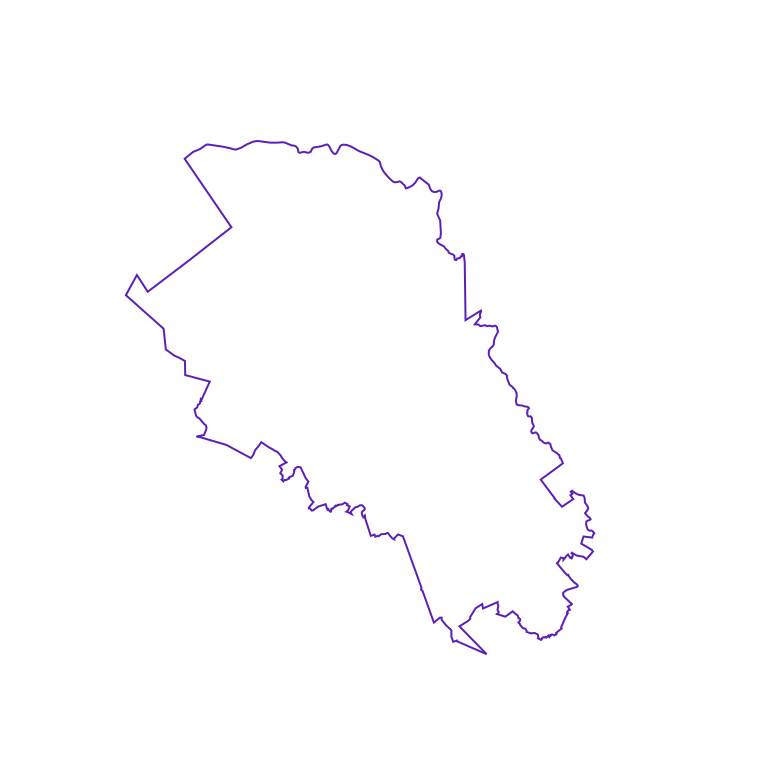 Nacajuca, Tabasco, Mexico (Natural Earth projection), rotated 317°
{"feature_id": "50627088B18238703345700", "entity_name": "Nacajuca", "entity_type": "district", "adm_level": 2, "iso_a3": "MEX", "parent_name": "Mexico", "parent_adm1": "Tabasco", "projection": "natural_earth1", "projection_center": [-92.932, 18.178], "detail": "fine", "context": "isolated", "style": "outline", "palette": "violet", "viewbox_px": 768, "rotation_deg": 317, "n_neighbors": 0, "source": "geoboundaries", "source_scale": "gbopen_adm2", "svg_char_len": 6161}
<svg xmlns="http://www.w3.org/2000/svg" viewBox="0 0 768 768"><g transform="rotate(317 384 384)"><path d="M475.0,138.3L470.1,134.3L465.6,130.1L457.6,120.4L455.3,118.6L453.4,117.5L447.4,115.3L440.5,113.7L435.6,111.6L433.5,109.0L432.5,107.0L427.9,100.4L418.7,88.9L417.3,87.8L409.3,86.6L402.8,84.1L391.8,83.3L379.3,165.3L326.3,160.7L274.1,155.4L277.6,135.8L255.8,143.0L260.5,193.3L248.0,209.9L250.0,220.3L251.9,224.6L254.1,231.4L244.7,241.9L258.2,263.4L240.0,271.0L239.8,270.0L239.2,270.5L238.6,272.0L237.6,271.4L236.2,272.6L235.3,272.8L233.8,272.2L231.5,273.7L228.5,273.4L227.8,273.6L225.1,278.7L224.7,280.4L225.5,283.3L225.2,290.7L225.6,292.6L224.6,294.6L223.0,296.0L217.6,298.5L210.9,294.5L213.4,297.7L227.2,321.1L236.1,347.4L239.8,346.8L244.5,344.5L249.7,343.9L254.6,342.9L256.6,351.8L258.1,356.1L258.5,358.2L259.7,360.7L259.7,365.8L259.1,367.9L258.8,372.2L259.2,374.9L251.5,372.8L251.0,377.3L247.3,378.5L247.5,381.9L245.2,384.0L243.8,384.1L244.0,386.6L245.5,386.2L246.7,387.4L250.1,388.4L250.6,387.5L254.9,388.9L258.8,386.7L259.3,385.6L261.0,385.8L261.8,385.1L264.3,385.7L266.2,388.0L262.4,399.9L262.2,403.8L256.5,405.8L255.9,406.7L257.2,407.6L252.7,415.3L251.8,419.4L251.9,422.2L244.9,423.1L244.2,423.8L244.9,424.4L244.9,427.5L246.2,428.1L252.1,428.7L259.4,432.1L257.3,436.2L257.0,437.5L257.9,437.6L257.5,438.7L257.9,441.1L258.3,441.1L260.2,439.4L261.2,439.5L261.6,440.3L265.4,439.9L265.4,440.7L267.9,440.9L268.0,441.5L269.7,442.2L271.3,443.5L274.5,444.1L275.4,447.2L274.3,447.5L275.4,450.2L271.5,451.9L269.4,451.7L270.1,452.9L271.6,457.1L272.2,455.1L272.8,454.7L277.7,454.6L279.1,454.7L280.6,455.7L283.7,456.3L285.3,457.8L285.3,460.9L284.9,462.0L284.0,462.7L281.1,462.4L280.1,462.8L278.7,464.8L278.0,467.5L280.2,467.2L278.2,470.2L270.8,486.1L274.4,487.7L273.5,489.8L275.6,490.6L276.0,491.6L279.6,492.0L282.7,494.6L284.8,495.1L285.3,496.1L284.9,498.4L284.8,502.5L285.5,504.7L286.2,503.9L291.6,503.6L294.0,508.3L272.5,558.5L270.8,559.6L271.1,561.6L257.8,592.5L265.4,593.0L266.8,594.1L265.4,595.8L264.8,602.5L265.3,608.9L265.0,610.5L260.9,614.8L258.8,619.7L262.3,621.4L261.9,622.0L274.8,651.6L273.9,612.7L284.5,614.7L287.0,614.5L288.1,613.2L298.0,610.5L305.8,611.9L303.3,615.7L318.4,621.0L317.5,621.9L316.4,624.1L312.9,626.7L312.4,629.0L311.8,629.4L309.7,629.3L314.1,636.9L323.1,638.0L323.4,642.4L323.8,643.2L323.9,644.7L322.6,647.1L323.2,647.7L323.1,649.1L322.8,649.5L321.7,650.0L319.9,649.9L319.5,650.3L319.8,652.1L319.3,652.9L319.0,656.7L319.2,657.6L320.3,659.0L320.4,659.8L319.9,661.9L319.2,662.5L321.4,666.6L324.2,668.6L325.6,671.9L325.2,672.9L324.6,673.3L324.2,674.6L323.1,675.0L324.0,676.9L324.2,678.2L325.1,678.3L326.6,677.6L328.2,678.1L328.5,678.9L329.6,679.1L329.8,680.2L331.8,680.1L332.2,681.7L332.8,681.1L332.5,681.1L332.7,680.5L333.1,680.2L334.1,681.8L335.4,681.3L335.7,681.5L336.9,683.0L337.2,684.1L338.5,684.2L339.3,684.7L340.0,684.3L340.1,683.5L347.2,683.9L347.3,683.0L348.2,682.5L357.6,678.4L361.8,677.1L361.4,676.7L362.0,676.0L363.5,675.2L365.9,675.9L366.1,675.1L365.9,674.6L366.4,673.8L366.6,672.2L370.3,673.2L371.3,673.1L370.6,662.5L371.0,660.7L372.5,659.0L373.6,658.8L377.4,659.4L386.6,663.9L387.4,664.1L388.2,663.6L388.4,661.9L387.7,658.5L387.7,653.7L388.1,650.6L388.6,649.3L387.7,648.9L387.6,645.2L388.2,633.0L389.4,632.9L389.6,633.2L394.9,631.5L396.6,633.7L395.4,635.0L400.8,634.1L402.3,634.2L401.6,638.1L402.0,638.3L402.2,639.5L402.9,639.4L402.9,638.9L403.5,638.8L403.5,638.5L404.5,638.6L405.0,638.2L406.0,636.8L405.7,635.8L406.4,635.6L407.7,640.2L408.8,642.1L412.1,646.4L412.5,650.2L422.7,649.0L422.8,646.9L419.4,635.3L425.9,631.6L431.5,638.3L434.6,636.7L435.9,636.7L436.1,636.0L436.1,633.4L435.7,632.6L434.4,631.6L433.8,629.8L434.2,628.1L435.8,624.9L437.0,623.5L438.4,622.6L439.5,622.8L441.8,623.8L442.9,623.8L443.2,622.7L442.8,619.8L442.9,615.6L446.8,615.0L448.5,614.2L448.9,613.7L449.7,611.5L450.1,607.7L452.9,604.4L453.9,601.7L451.1,598.2L449.7,595.1L448.7,590.3L447.2,590.1L446.9,592.8L444.5,592.5L443.9,597.2L430.5,595.2L430.5,584.3L430.9,584.3L433.4,560.8L460.7,564.0L462.6,559.2L462.2,558.1L463.6,555.9L463.7,555.0L463.3,554.5L463.3,552.5L462.0,547.4L463.4,543.6L464.7,541.4L464.2,540.0L464.4,539.5L463.9,538.6L462.1,538.1L461.2,536.9L460.8,535.6L460.7,533.0L460.0,531.1L460.6,529.3L462.2,526.2L462.3,523.5L461.8,522.7L459.2,521.6L458.8,520.6L459.1,519.3L460.2,518.4L464.6,517.3L465.2,516.3L466.0,513.3L469.1,509.6L469.2,507.8L467.5,506.1L467.5,505.4L468.6,503.0L469.5,502.6L471.2,500.9L473.5,500.6L473.6,500.2L473.7,499.4L473.3,498.4L471.4,496.1L470.5,494.2L467.4,490.6L467.1,489.3L469.0,486.2L473.1,483.2L474.7,481.1L475.8,477.9L476.0,476.2L475.6,475.2L475.9,474.5L475.8,472.2L475.3,470.2L477.6,464.4L479.7,461.5L479.7,459.5L478.2,456.1L479.3,452.2L478.5,446.9L479.1,444.1L479.1,439.6L479.7,436.3L480.7,433.9L483.5,431.1L486.6,430.4L489.2,430.6L491.3,429.9L494.5,427.0L497.7,425.4L503.0,423.6L505.4,419.2L505.4,418.2L504.9,417.0L502.9,416.2L501.0,413.4L498.5,411.7L498.1,410.0L494.0,407.5L493.6,404.9L491.1,402.3L499.9,401.0L500.5,399.7L501.8,398.4L504.5,397.2L505.0,396.4L487.2,392.9L526.0,350.1L530.6,343.9L530.7,343.3L529.9,342.3L528.0,343.8L527.3,343.1L525.2,343.6L523.1,342.1L521.4,342.6L520.7,341.9L520.8,340.8L522.9,338.2L522.9,337.3L522.8,336.4L521.4,333.8L520.9,331.9L521.7,330.8L521.3,326.8L521.7,324.4L519.9,318.8L519.7,317.0L520.2,315.7L521.4,314.7L524.1,315.5L525.0,315.4L528.5,312.5L536.6,302.7L539.0,295.7L543.9,292.6L548.2,288.7L552.6,286.9L554.5,285.6L555.8,284.4L557.1,282.0L556.9,280.9L556.3,280.3L553.7,279.4L551.8,278.1L550.6,275.9L550.8,273.3L552.7,268.7L550.9,257.3L549.2,256.8L544.0,258.1L540.1,258.2L535.4,256.9L533.4,255.8L534.5,253.1L534.2,247.5L533.5,246.4L530.1,244.5L528.8,242.8L528.5,241.3L528.2,236.4L528.4,229.7L529.0,226.4L530.2,222.7L532.4,218.7L532.4,216.9L530.7,210.5L529.2,206.4L524.7,196.9L521.9,188.0L520.2,184.6L519.5,183.4L517.2,181.0L514.8,180.0L506.8,182.8L505.4,182.7L504.5,181.4L504.4,180.1L504.6,177.6L506.0,172.9L506.1,170.8L505.7,169.9L499.7,167.0L493.9,163.1L491.7,163.0L488.8,164.2L486.8,163.5L486.0,162.9L483.7,159.5L479.9,157.4L479.6,156.0L481.5,152.9L481.6,150.1L481.0,148.7L478.9,146.0L476.3,140.2L475.0,138.3Z" fill="none" stroke="#5b21b6" stroke-width="2"/></g></svg>